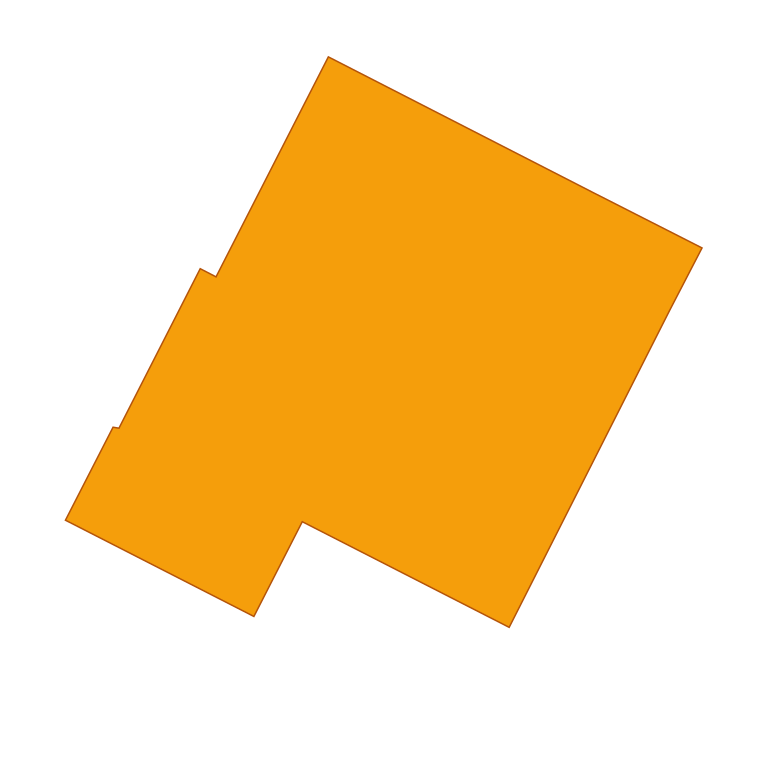 Jackson, Kansas, United States of America (Mercator projection), rotated 207°
{"feature_id": "52423323B12830113824680", "entity_name": "Jackson", "entity_type": "district", "adm_level": 2, "iso_a3": "USA", "parent_name": "United States of America", "parent_adm1": "Kansas", "projection": "mercator", "projection_center": [-95.775, 39.435], "detail": "fine", "context": "isolated", "style": "filled", "palette": "amber", "viewbox_px": 768, "rotation_deg": 207, "n_neighbors": 0, "source": "geoboundaries", "source_scale": "gbopen_adm2", "svg_char_len": 327}
<svg xmlns="http://www.w3.org/2000/svg" viewBox="0 0 768 768"><g transform="rotate(207 384 384)"><path d="M162.0,224.0L162.9,579.1L162.4,649.6L285.0,649.5L582.1,650.2L582.3,403.2L600.1,403.3L600.1,224.3L605.8,222.5L606.0,118.0L394.4,117.8L394.3,224.2L162.0,224.0Z" fill="#f59e0b" stroke="#b45309" stroke-width="1.5"/></g></svg>